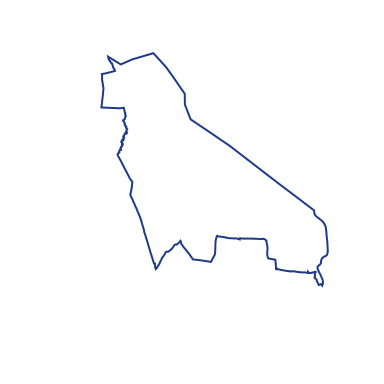 Musenita, Suceava, Romania (Equal Earth projection), rotated 48°
{"feature_id": "2599482B233708052654", "entity_name": "Musenita", "entity_type": "district", "adm_level": 2, "iso_a3": "ROU", "parent_name": "Romania", "parent_adm1": "Suceava", "projection": "equal_earth", "projection_center": [25.971, 47.952], "detail": "fine", "context": "isolated", "style": "outline", "palette": "blue", "viewbox_px": 384, "rotation_deg": 48, "n_neighbors": 0, "source": "geoboundaries", "source_scale": "gbopen_adm2", "svg_char_len": 5799}
<svg xmlns="http://www.w3.org/2000/svg" viewBox="0 0 384 384"><g transform="rotate(48 192 192)"><path d="M178.4,248.6L179.1,248.6L179.3,249.0L179.6,249.2L180.6,249.6L188.0,253.1L190.0,254.4L192.2,255.3L196.8,257.4L200.2,259.0L210.0,263.7L211.0,264.1L219.7,268.1L220.4,267.4L223.5,269.9L225.1,270.4L224.7,268.3L223.9,266.0L223.8,265.0L223.6,264.5L222.5,262.1L222.0,260.6L221.4,259.3L220.8,258.0L220.7,256.9L220.6,256.2L220.3,255.2L220.1,254.2L219.5,252.9L219.2,252.0L219.1,251.7L219.4,251.3L219.7,250.2L220.4,249.6L220.6,249.1L220.7,248.6L220.6,247.3L220.6,246.9L220.8,246.3L220.6,245.7L220.7,245.1L220.6,244.4L220.2,242.5L219.7,241.1L220.0,239.3L220.1,239.0L220.5,238.8L220.9,238.6L220.9,235.7L220.9,234.8L220.5,233.2L220.8,233.2L221.3,233.4L222.8,234.3L223.3,234.6L223.7,234.7L224.5,234.7L226.1,235.0L227.5,235.1L234.1,235.4L236.4,235.6L242.1,236.3L242.7,236.4L246.7,232.9L249.6,230.4L256.6,224.7L256.3,223.8L254.0,217.6L253.8,217.0L253.3,216.3L251.4,214.2L250.6,213.5L247.4,210.4L245.5,208.6L244.4,207.4L243.5,206.3L242.5,204.9L241.4,202.8L241.4,202.6L242.1,202.5L243.4,201.4L247.6,197.9L248.3,197.2L248.8,197.2L249.0,197.1L251.3,195.2L253.6,192.8L254.5,192.1L255.1,191.2L255.9,190.4L256.6,189.8L259.2,188.3L258.4,187.5L260.1,185.8L261.6,184.4L262.6,183.3L262.9,182.8L267.1,178.3L272.3,173.0L273.4,172.0L273.7,171.6L273.8,171.3L274.1,170.7L274.4,170.4L275.0,170.0L275.5,169.7L276.0,169.5L276.8,169.3L277.3,169.3L277.7,169.4L277.9,169.3L278.0,169.5L279.1,170.1L282.9,172.5L284.3,173.4L285.4,174.6L286.8,176.0L288.7,177.9L289.9,178.7L290.8,179.1L292.2,179.8L298.1,175.4L299.8,176.7L300.4,176.9L300.7,177.1L301.3,177.8L303.9,179.7L305.6,181.2L306.1,180.8L306.3,180.3L306.3,179.9L306.7,179.8L307.1,179.6L309.1,178.3L314.9,173.7L315.6,173.0L316.1,172.6L316.9,172.1L317.3,171.6L317.5,171.3L317.7,170.7L317.9,170.4L318.2,170.3L318.5,170.1L318.7,169.8L319.5,169.0L322.6,166.6L326.4,163.0L327.2,161.9L328.7,160.9L329.6,160.1L328.8,159.1L330.5,159.2L331.1,158.8L331.9,157.4L333.4,154.7L333.6,153.9L334.1,153.5L334.3,153.5L334.4,153.8L334.3,154.5L334.4,154.8L334.5,155.1L334.8,155.5L335.5,155.9L336.7,156.6L337.0,156.9L337.1,157.3L337.1,157.7L337.2,157.9L337.4,158.1L337.7,158.3L338.1,158.3L338.7,158.3L339.7,158.1L340.3,158.0L340.7,158.1L341.1,158.4L341.6,158.8L342.5,158.9L344.2,159.5L345.1,159.7L345.9,160.0L346.6,158.3L346.7,157.8L348.7,157.9L347.5,155.7L344.9,153.8L338.8,151.7L336.4,151.2L333.2,150.0L331.7,149.0L331.4,148.0L331.6,145.6L331.2,143.9L329.1,141.6L328.2,139.4L328.5,136.9L329.1,135.0L329.0,133.7L327.2,131.0L319.6,124.8L315.2,121.7L312.5,119.6L310.1,117.8L306.8,115.7L303.7,114.9L301.3,114.6L296.2,115.4L293.4,116.0L290.9,115.8L289.0,114.9L287.3,113.6L266.7,117.5L245.0,121.7L226.7,125.1L192.2,131.4L183.3,133.0L173.1,135.5L160.7,138.5L137.1,144.4L122.3,138.8L114.2,131.7L105.1,130.5L95.3,129.2L81.8,127.7L63.0,127.8L53.4,147.8L49.5,159.6L35.3,163.8L36.6,164.6L37.7,165.1L38.2,165.1L38.5,165.2L39.2,165.2L39.3,165.5L39.9,165.5L40.1,165.4L40.4,165.4L41.4,165.6L42.2,165.8L42.6,165.6L42.9,165.4L43.2,165.5L44.1,166.1L44.7,166.2L45.4,166.5L46.0,166.7L46.2,167.1L46.4,167.2L46.8,167.2L47.4,167.4L47.9,167.5L48.2,167.5L48.4,167.4L48.5,167.6L49.0,167.7L49.7,168.0L50.1,168.1L50.5,168.2L47.0,175.1L46.0,176.9L44.0,180.1L44.8,180.5L46.0,181.5L47.0,182.4L47.8,183.2L48.2,183.6L51.4,185.6L51.9,186.0L52.5,186.3L53.4,187.0L55.3,188.1L55.9,188.6L57.4,190.2L59.1,192.1L60.1,193.1L64.0,197.6L64.4,198.0L65.3,199.0L66.6,200.5L68.6,202.7L76.9,194.3L80.2,190.9L81.0,190.2L82.0,188.9L83.7,186.3L83.9,186.4L85.6,187.4L86.4,187.8L87.0,188.1L87.7,188.5L88.4,188.6L88.7,188.7L88.9,189.3L89.1,189.6L89.8,189.8L90.2,189.9L90.5,190.1L90.9,190.2L91.2,190.3L91.4,190.5L91.6,191.0L91.6,191.6L91.7,191.8L91.9,192.0L92.0,192.2L92.2,192.4L92.4,192.5L92.8,193.2L92.8,194.4L93.2,194.8L92.7,195.1L92.6,195.3L92.9,195.5L93.2,195.6L93.4,195.6L93.6,195.5L93.8,195.5L94.3,195.7L94.6,195.7L95.3,195.7L95.7,196.0L96.1,196.4L96.4,196.4L96.6,196.3L96.9,196.5L97.1,197.0L97.5,197.1L97.7,197.3L98.0,197.3L98.4,197.1L98.7,197.0L99.0,197.1L99.2,197.3L99.5,197.3L99.8,197.3L100.0,197.5L99.9,197.9L100.0,198.1L100.6,198.1L101.0,198.0L102.1,198.3L102.0,198.7L102.1,198.8L102.3,199.0L102.5,199.4L102.6,199.5L102.6,199.8L102.8,199.9L103.0,200.0L102.9,200.6L103.2,200.8L103.5,201.0L103.8,200.9L104.4,200.7L104.6,200.9L104.6,201.0L104.8,201.3L104.9,201.6L104.8,201.8L104.7,202.0L104.0,202.4L104.0,202.5L103.8,202.8L103.6,202.8L103.6,203.0L104.4,204.3L104.8,204.8L104.5,205.6L104.6,205.9L105.0,205.9L105.5,205.9L105.9,205.9L106.4,206.2L106.4,206.4L106.3,206.6L106.1,207.3L106.2,207.5L106.3,207.5L106.6,207.5L106.5,208.1L107.0,208.3L107.6,208.3L107.7,208.7L107.6,208.9L107.5,209.0L106.8,208.8L106.6,208.9L106.6,209.2L106.7,209.4L106.9,209.7L106.9,210.0L107.1,210.2L107.4,210.2L107.4,210.3L107.4,210.6L107.4,211.0L107.6,211.1L107.9,211.1L108.1,210.9L108.3,210.9L108.4,211.0L108.4,211.3L108.6,211.3L109.0,211.4L109.2,211.5L109.8,211.2L110.0,211.2L110.2,211.6L110.6,211.9L110.6,212.2L110.4,212.3L110.2,212.4L110.1,212.6L111.0,213.1L111.1,213.3L110.9,213.5L111.3,214.4L111.2,214.6L111.1,214.8L111.2,215.1L111.7,215.5L111.8,215.9L111.9,216.1L112.3,216.5L112.5,216.4L112.7,216.1L112.9,216.1L113.0,216.2L113.2,216.4L113.1,216.8L113.0,217.1L112.9,217.3L112.7,217.4L112.4,217.5L112.5,218.0L112.7,218.3L112.9,218.4L113.0,218.7L113.1,219.1L113.4,219.4L113.9,219.4L114.0,219.5L113.9,219.9L114.0,220.7L114.0,220.8L113.9,221.0L114.0,221.4L113.9,221.7L114.0,222.0L114.8,222.5L115.7,222.8L121.7,224.2L127.6,225.8L140.4,229.1L144.6,229.6L146.6,231.8L149.7,235.4L149.9,235.9L150.8,236.9L152.2,238.9L152.6,239.5L152.8,239.8L153.4,240.0L154.5,240.3L155.1,240.6L155.4,240.7L156.8,240.9L160.1,242.1L163.6,243.2L165.0,243.8L165.8,243.9L167.7,244.5L169.9,245.4L173.6,246.6L175.2,247.2L177.1,247.9L178.4,248.6Z" fill="none" stroke="#1e3a8a" stroke-width="2"/></g></svg>